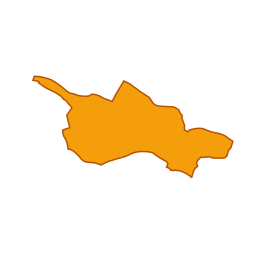 the district of Aflah Al Yaman, Hajjah, Yemen, rotated 286°
{"feature_id": "15242507B79499976279542", "entity_name": "Aflah Al Yaman", "entity_type": "district", "adm_level": 2, "iso_a3": "YEM", "parent_name": "Yemen", "parent_adm1": "Hajjah", "projection": "equal_earth", "projection_center": [43.407, 15.98], "detail": "fine", "context": "isolated", "style": "filled", "palette": "amber", "viewbox_px": 256, "rotation_deg": 286, "n_neighbors": 0, "source": "geoboundaries", "source_scale": "gbopen_adm2", "svg_char_len": 3662}
<svg xmlns="http://www.w3.org/2000/svg" viewBox="0 0 256 256"><g transform="rotate(286 128 128)"><path d="M151.9,23.7L147.6,23.5L148.1,27.9L148.1,29.2L147.9,29.6L147.6,29.7L147.1,29.4L146.7,29.5L145.7,32.8L145.2,34.1L144.4,36.4L143.5,40.1L142.9,43.8L142.1,47.8L142.1,48.1L141.7,49.8L141.2,51.4L140.0,55.2L137.9,58.1L137.1,61.1L135.3,63.4L132.4,68.4L127.5,67.1L123.8,65.7L123.0,65.8L113.4,71.3L112.3,71.9L108.1,65.9L107.3,66.1L105.1,66.8L102.3,68.6L99.8,71.2L97.3,73.3L94.2,74.8L91.4,76.3L91.0,76.6L91.6,78.0L90.8,81.9L89.2,85.2L87.5,88.5L86.8,89.5L85.4,91.3L83.9,94.8L83.9,98.7L84.8,102.8L85.1,104.5L85.4,106.9L85.2,110.9L84.9,112.3L85.4,112.7L85.6,113.0L86.1,113.4L86.5,113.8L86.8,114.2L87.3,114.7L87.6,115.1L88.0,115.5L88.6,116.1L89.1,116.6L89.5,117.1L89.9,117.7L90.3,118.2L90.6,118.6L90.9,118.9L91.1,119.3L91.4,119.8L91.8,120.4L92.3,121.2L92.5,121.6L92.9,122.1L93.1,122.4L93.3,122.7L93.5,123.1L93.8,123.5L94.0,123.9L94.3,124.3L94.8,124.8L95.1,125.3L95.3,125.7L95.8,126.6L96.2,127.3L96.5,127.9L96.9,128.4L97.2,129.0L97.7,129.8L98.1,130.4L98.5,131.0L98.7,131.4L99.0,131.8L99.6,132.6L99.9,133.1L100.1,133.5L100.6,134.0L101.0,134.5L101.4,135.0L101.6,135.3L101.9,135.6L102.5,136.3L102.8,136.7L103.3,137.2L103.8,137.9L104.1,138.1L104.4,138.6L104.6,138.9L105.1,139.4L105.3,139.8L105.9,140.6L106.2,141.1L106.4,141.4L106.6,141.7L106.8,142.0L107.0,142.4L107.2,142.9L107.5,143.4L107.7,144.0L107.9,144.3L108.2,144.9L108.4,145.3L108.5,145.7L108.7,146.2L108.8,146.6L109.0,147.2L109.3,148.2L109.6,149.2L109.8,150.1L110.0,150.7L110.3,152.1L110.4,152.7L110.6,153.1L110.7,154.1L110.8,154.8L110.9,155.6L110.9,156.3L111.0,157.0L111.0,157.3L111.0,157.9L111.0,158.6L110.9,159.0L110.8,159.3L110.6,159.8L110.1,160.9L109.8,161.7L109.5,162.5L109.3,163.3L109.0,163.9L108.8,164.6L108.6,165.3L108.3,166.0L108.3,166.7L108.0,167.2L107.9,167.6L107.7,168.4L107.6,168.8L107.4,169.5L107.2,170.3L107.1,170.9L107.0,171.4L107.0,171.8L106.8,172.5L106.6,173.1L106.5,173.5L106.3,174.1L106.2,174.6L105.9,174.9L105.5,175.1L105.2,175.3L104.4,176.3L101.0,175.8L100.6,179.2L100.3,179.3L100.0,179.8L99.8,180.2L99.2,180.6L99.5,182.3L99.5,182.9L99.5,183.4L99.6,183.6L100.5,184.8L100.5,186.4L100.7,186.9L100.9,187.7L100.9,188.2L101.0,188.8L101.0,189.6L101.2,189.9L101.2,190.4L101.2,191.1L100.8,192.4L100.9,193.8L100.7,194.4L100.6,195.1L100.4,195.6L100.4,196.1L100.3,196.5L100.1,196.9L100.0,197.3L99.8,197.9L99.7,198.4L99.5,198.9L99.3,199.3L99.2,199.8L98.9,200.6L98.9,201.1L98.7,201.6L98.6,202.1L98.5,202.5L97.4,202.8L100.6,202.9L101.1,202.9L104.1,202.9L107.1,203.3L110.4,205.5L113.3,203.4L115.9,204.0L116.3,204.0L120.0,206.1L121.1,210.3L122.5,213.4L122.8,213.9L122.5,217.3L123.4,221.4L124.7,225.5L125.5,228.6L127.8,230.5L128.1,230.8L131.2,230.8L134.2,230.8L137.0,232.3L140.2,232.4L143.2,232.5L144.1,232.5L145.7,227.7L147.2,223.6L147.3,223.1L147.7,220.2L147.8,216.4L147.4,211.7L147.3,208.7L147.5,205.7L148.1,199.5L147.9,199.1L147.0,195.4L145.6,192.1L143.1,187.6L140.8,186.5L141.6,183.2L142.6,182.5L143.5,182.3L146.1,181.6L152.1,177.3L153.9,176.8L155.2,176.5L155.9,174.9L159.4,171.8L160.7,167.5L160.6,164.6L160.2,163.0L159.3,159.4L159.2,159.0L157.6,151.5L157.6,148.1L158.5,145.6L160.1,143.7L160.7,143.0L163.1,140.3L164.3,136.6L165.5,132.7L165.8,131.6L166.4,129.1L168.0,125.6L169.2,122.1L170.3,119.3L170.6,118.5L171.5,114.7L172.1,111.0L167.1,109.7L157.1,107.1L149.1,105.4L149.3,104.0L149.6,99.9L149.9,96.1L150.9,92.2L151.2,88.0L150.7,84.2L147.8,81.3L146.8,78.3L145.9,74.5L145.5,70.7L145.9,66.6L145.5,62.8L146.6,59.0L146.7,58.7L148.4,55.0L148.9,53.9L149.9,51.7L151.1,47.9L152.3,44.3L153.2,40.5L153.4,36.6L153.2,32.6L153.2,31.4L153.0,28.8L151.9,23.7Z" fill="#f59e0b" stroke="#b45309" stroke-width="1.5"/></g></svg>